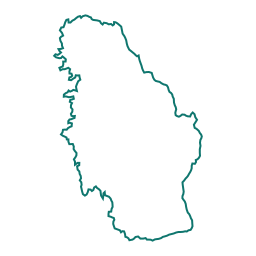 the district of Santana do Riacho, Minas Gerais, Brazil
{"feature_id": "56859067B87261280335376", "entity_name": "Santana do Riacho", "entity_type": "district", "adm_level": 2, "iso_a3": "BRA", "parent_name": "Brazil", "parent_adm1": "Minas Gerais", "projection": "equal_earth", "projection_center": [-43.665, -19.182], "detail": "fine", "context": "isolated", "style": "outline", "palette": "teal", "viewbox_px": 256, "rotation_deg": 0, "n_neighbors": 0, "source": "geoboundaries", "source_scale": "gbopen_adm2", "svg_char_len": 4162}
<svg xmlns="http://www.w3.org/2000/svg" viewBox="0 0 256 256"><path d="M75.0,164.7L77.5,162.9L79.3,162.9L79.2,165.2L77.1,166.3L77.6,169.6L79.3,171.4L79.7,174.0L80.7,175.9L81.0,178.3L79.8,180.3L81.3,182.3L81.6,184.8L81.0,186.7L81.5,188.6L82.1,191.4L82.9,194.1L84.9,195.6L86.6,194.5L87.7,192.3L88.5,189.4L90.6,189.6L91.9,191.0L93.3,190.0L94.2,187.5L95.9,186.4L97.0,187.9L98.9,189.2L100.5,190.9L100.7,193.0L101.1,195.6L102.9,198.5L103.3,195.8L103.5,193.3L104.7,192.1L105.0,195.2L106.7,195.9L108.9,196.7L110.6,198.6L111.3,200.5L112.3,202.3L112.5,204.6L112.6,206.9L111.6,208.9L111.2,211.6L108.8,211.8L108.5,214.0L108.5,216.1L110.9,216.8L112.3,217.5L113.8,218.0L114.3,219.8L113.4,221.5L113.2,223.9L113.8,225.8L114.7,228.4L117.2,229.3L119.9,230.3L121.0,232.3L122.3,231.2L124.1,231.4L125.0,234.0L125.4,236.8L127.2,237.4L128.5,238.4L129.4,240.2L131.0,239.9L132.5,239.6L133.9,238.7L135.5,237.0L138.1,236.5L140.4,238.6L143.2,238.6L145.6,238.1L146.9,239.6L148.8,239.6L150.7,239.7L152.6,240.6L154.9,239.4L156.8,239.1L158.6,238.9L161.1,238.1L162.8,236.9L164.7,236.4L167.0,235.7L169.2,234.6L171.3,234.1L173.7,233.5L176.2,232.5L178.5,232.0L180.6,232.0L183.0,231.8L185.2,231.3L186.8,231.5L188.5,230.3L190.6,229.9L191.8,228.0L192.5,226.2L192.3,223.7L192.1,220.3L190.9,218.2L190.2,216.2L189.2,214.1L187.8,212.6L186.7,209.5L186.1,206.7L185.7,203.9L184.8,201.5L183.5,199.8L182.4,198.2L182.5,196.0L183.3,194.1L183.7,191.6L183.3,188.9L183.0,186.8L182.7,184.7L182.5,182.3L184.1,180.6L185.6,178.5L186.9,177.2L188.0,175.8L188.9,174.1L190.2,172.0L191.1,170.2L191.7,168.2L191.7,165.8L192.4,163.5L194.9,163.8L196.0,162.0L195.8,160.0L197.5,159.3L199.0,157.7L200.0,155.8L199.8,152.9L199.8,149.2L200.5,145.9L200.0,142.7L200.4,139.9L201.3,138.3L201.8,136.4L201.1,134.5L199.9,133.1L198.8,130.9L196.5,128.8L194.7,127.9L193.9,124.7L195.4,122.4L197.0,119.8L195.3,117.2L194.5,114.2L192.7,112.5L191.2,114.1L190.1,116.5L187.7,116.3L186.0,115.7L184.6,114.7L182.2,114.5L180.3,116.0L178.9,116.7L177.1,116.1L175.7,115.2L175.3,112.9L175.7,111.1L176.2,109.3L175.7,107.1L174.8,105.3L174.0,102.6L173.8,98.8L172.7,96.6L172.2,94.5L171.1,93.0L169.5,91.9L168.7,90.1L168.0,87.3L166.8,85.4L165.4,84.8L163.6,84.4L161.4,83.2L159.7,81.9L157.5,81.4L155.7,80.9L154.3,79.7L153.1,77.5L152.5,75.5L151.7,72.9L148.9,72.0L146.5,72.1L144.2,72.6L143.0,70.4L142.2,68.4L141.5,65.7L140.6,63.2L139.8,61.0L139.2,58.8L138.6,55.5L137.1,56.3L135.8,55.3L134.4,53.8L132.9,52.6L131.1,51.1L129.2,49.6L128.4,48.0L127.5,46.1L126.8,43.6L126.2,40.3L125.2,37.8L124.4,36.2L122.6,33.6L121.9,30.0L121.2,26.6L118.9,24.6L117.3,23.3L115.6,22.3L114.1,22.1L114.0,24.4L112.7,25.4L111.1,24.0L108.7,24.3L106.7,23.2L103.9,22.7L102.6,24.5L101.0,23.2L99.8,21.1L97.1,20.4L94.7,20.1L93.1,19.9L91.7,19.1L90.9,17.4L89.3,16.9L87.5,15.9L85.4,15.4L82.6,16.3L81.1,17.8L80.0,16.1L78.0,16.7L76.0,18.2L74.4,19.6L72.4,20.6L70.5,22.5L68.6,22.5L68.3,19.4L66.4,19.9L65.2,22.3L64.5,24.6L63.5,27.2L61.3,27.5L59.9,30.3L62.0,32.9L63.1,35.6L61.0,36.8L59.9,38.1L60.4,40.8L61.9,43.5L62.0,45.7L63.0,48.2L60.9,48.9L58.5,49.1L59.5,51.0L61.0,52.5L59.5,53.8L57.8,54.9L55.5,54.3L54.2,55.8L56.0,57.3L57.8,57.8L59.3,58.2L61.1,58.0L62.4,56.4L63.8,57.5L65.8,59.3L65.6,61.5L63.2,61.6L63.3,64.3L62.7,66.5L61.2,67.0L59.4,67.8L60.4,70.3L62.6,69.2L64.7,69.2L66.1,68.7L68.3,67.8L70.1,69.2L69.4,71.5L69.5,73.5L71.5,73.7L72.2,75.8L70.9,77.0L69.4,77.4L68.9,79.8L71.1,80.2L73.3,78.6L75.2,77.5L75.8,75.3L77.4,75.5L79.3,75.4L79.6,77.4L80.3,79.7L78.2,81.2L76.8,84.4L76.0,86.7L76.4,88.9L76.9,91.0L75.2,90.4L73.3,89.9L72.0,90.8L70.1,91.6L68.6,90.5L67.6,92.3L65.8,93.1L63.9,94.6L63.8,96.7L65.7,96.4L67.4,96.8L68.8,97.2L70.7,97.0L73.3,96.4L73.8,98.8L71.9,99.5L70.3,99.8L69.8,101.8L72.0,103.1L71.0,105.1L70.9,107.5L72.5,109.4L72.3,111.7L70.9,113.9L71.5,115.8L72.9,116.2L74.8,116.0L74.5,118.0L72.9,118.5L71.3,119.2L69.5,119.5L68.3,121.1L68.3,123.2L69.8,122.7L71.9,123.4L71.6,126.3L69.8,127.0L68.0,128.1L66.7,129.7L64.8,129.6L63.0,129.8L62.5,132.4L61.0,134.4L62.7,135.7L64.7,136.6L66.5,137.5L66.8,139.4L68.4,139.4L68.4,141.6L69.3,144.1L70.9,144.1L72.8,144.0L73.8,146.6L73.6,149.0L74.7,150.8L76.5,153.0L76.4,155.4L75.4,157.3L73.9,159.3L75.0,161.7L75.0,164.7Z" fill="none" stroke="#0f766e" stroke-width="2"/></svg>